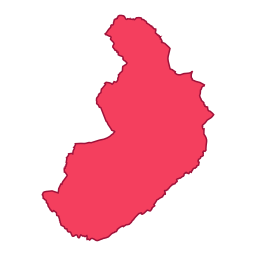 the district of Tha Muang, Kanchanaburi, Thailand
{"feature_id": "78962969B17416379558143", "entity_name": "Tha Muang", "entity_type": "district", "adm_level": 2, "iso_a3": "THA", "parent_name": "Thailand", "parent_adm1": "Kanchanaburi", "projection": "mercator", "projection_center": [99.605, 13.934], "detail": "fine", "context": "isolated", "style": "filled", "palette": "rose", "viewbox_px": 256, "rotation_deg": 0, "n_neighbors": 0, "source": "geoboundaries", "source_scale": "gbopen_adm2", "svg_char_len": 5779}
<svg xmlns="http://www.w3.org/2000/svg" viewBox="0 0 256 256"><path d="M172.7,184.6L172.6,184.3L174.9,183.8L175.8,182.4L177.0,181.6L177.2,181.2L176.6,179.6L177.4,178.8L178.3,178.8L179.4,178.1L180.4,178.1L182.6,176.4L183.2,176.3L183.9,175.6L184.1,174.0L185.3,172.9L185.9,173.1L186.2,172.4L188.0,173.4L188.8,173.6L189.4,172.6L190.1,171.8L191.3,172.3L191.7,171.1L192.2,170.6L192.2,170.2L192.7,169.8L193.3,168.6L194.9,168.0L195.3,168.1L195.7,167.5L196.5,167.1L197.0,165.7L198.6,165.1L199.1,162.2L198.2,161.8L198.1,160.6L198.4,160.3L198.5,159.4L199.8,158.7L200.5,158.0L200.7,156.8L201.7,156.5L203.2,155.6L203.1,154.6L203.3,153.0L203.1,152.4L202.9,152.3L203.4,151.3L203.9,151.1L205.0,151.3L206.0,150.1L205.9,148.9L206.1,145.8L206.6,141.7L206.6,139.9L206.0,137.7L205.3,136.3L203.9,134.1L203.9,130.6L203.7,129.9L204.0,129.8L204.0,128.8L203.1,129.0L202.7,128.4L202.3,126.6L202.6,126.4L202.4,125.9L202.5,125.2L205.3,122.7L207.2,120.1L210.9,117.8L212.2,116.6L213.7,114.7L212.8,113.6L210.2,111.3L208.9,110.9L208.2,110.3L207.8,109.3L207.5,107.0L205.8,106.7L204.9,106.3L204.9,105.2L204.0,104.7L203.8,102.6L201.5,100.5L200.8,98.6L200.3,97.8L199.6,95.7L200.3,93.3L200.5,90.0L201.0,89.5L201.5,88.7L201.6,87.5L202.8,86.4L203.6,85.9L204.1,85.9L204.4,84.9L200.0,82.5L195.8,81.4L192.2,79.8L192.2,78.7L191.3,77.5L191.2,74.8L191.9,72.4L192.6,71.2L191.4,72.0L190.7,72.7L190.4,72.8L188.4,73.2L183.8,73.6L180.4,74.8L178.7,74.8L176.6,74.3L174.9,72.7L175.3,71.7L172.9,70.3L172.8,70.0L172.3,69.7L170.2,69.0L169.8,67.7L168.2,61.2L167.9,58.5L168.1,56.6L170.0,48.5L168.8,47.1L164.8,43.4L163.2,42.8L162.7,42.4L162.3,42.1L162.1,42.3L162.0,42.0L161.6,42.0L161.6,41.7L161.9,41.1L161.8,40.6L161.2,39.3L160.4,39.0L160.4,38.7L160.6,38.2L160.1,37.4L160.0,37.0L160.2,36.8L159.6,36.9L159.4,36.4L159.2,36.4L159.2,35.8L158.3,35.1L157.8,34.9L157.5,35.0L156.7,33.9L155.5,33.1L155.5,31.4L155.8,30.7L155.6,30.5L155.8,29.3L155.7,29.0L155.2,29.1L153.9,28.7L153.0,27.8L152.8,27.2L152.3,27.0L151.5,26.5L151.6,26.1L150.5,25.7L149.1,24.5L146.6,23.1L146.6,22.5L146.0,21.3L144.6,20.6L143.8,19.7L142.5,19.4L141.9,19.5L141.4,18.2L141.0,17.9L138.9,17.6L136.4,17.8L134.6,19.7L134.2,19.6L133.7,19.0L132.9,19.5L132.2,19.1L131.3,19.3L130.4,19.1L130.1,18.6L129.7,19.0L129.3,19.0L127.6,18.7L127.3,19.2L126.6,19.4L126.0,19.2L124.7,17.2L124.5,16.6L123.9,16.3L123.7,15.9L121.4,15.4L119.8,15.4L119.1,15.6L118.2,16.1L117.9,16.9L117.4,17.6L117.3,18.4L116.5,18.5L116.1,19.0L115.2,19.0L114.7,19.8L114.1,20.1L114.1,21.1L113.6,22.3L113.5,23.9L113.0,24.8L112.5,25.0L111.6,24.9L111.3,25.1L110.9,25.6L110.8,26.9L110.4,27.6L108.7,29.3L106.2,33.0L105.1,33.9L105.7,34.7L106.6,34.8L109.4,36.2L110.0,36.2L110.7,36.6L111.1,37.4L110.5,39.0L110.6,39.4L113.4,42.3L114.0,43.4L114.0,44.0L112.8,46.1L112.9,47.3L113.5,47.9L113.9,48.7L114.6,49.2L115.0,50.3L116.6,50.6L117.0,52.2L118.1,52.2L118.3,54.8L119.9,55.6L121.7,56.2L122.6,56.6L122.9,57.1L123.2,58.6L122.9,58.8L123.1,59.5L124.4,60.7L125.1,60.9L127.0,63.0L126.1,64.5L124.5,65.3L123.7,66.0L123.1,66.2L122.8,66.5L122.6,67.6L122.4,70.8L121.8,71.6L119.9,73.1L119.5,74.1L118.5,74.6L118.6,76.7L118.2,77.7L117.8,78.1L117.9,79.2L117.8,79.9L116.8,81.6L116.4,82.0L115.6,82.1L114.1,81.6L112.9,83.6L112.1,84.2L110.9,83.3L109.0,82.7L106.7,82.4L106.0,82.7L105.9,82.5L104.7,83.4L105.5,84.2L105.5,84.4L102.2,88.4L101.4,89.1L100.9,92.6L99.0,94.0L99.0,94.4L98.4,95.1L98.6,95.7L97.7,96.9L97.0,97.5L96.6,98.4L96.5,99.6L96.5,100.8L96.9,102.0L96.6,102.9L96.7,103.6L96.8,103.8L98.3,105.0L99.4,107.3L100.2,107.3L100.9,107.8L106.1,121.2L107.1,122.1L108.0,124.3L110.9,128.6L111.7,130.2L114.5,131.3L114.7,131.8L113.4,133.2L112.8,134.1L111.8,134.6L109.8,136.4L107.2,137.9L103.9,139.2L99.5,140.1L91.2,142.7L89.0,142.5L85.9,143.3L84.4,143.5L80.7,143.4L75.3,143.7L75.4,144.5L75.3,145.3L74.3,146.7L74.4,147.3L73.9,147.5L74.4,148.0L74.4,148.4L73.2,150.8L72.7,153.9L71.5,153.4L68.7,153.8L68.8,154.1L68.2,155.8L66.5,157.8L66.9,158.1L66.2,162.5L66.7,162.8L66.4,164.6L66.1,164.6L65.8,166.4L65.2,166.5L65.1,168.2L64.3,168.2L64.2,169.3L64.4,172.1L65.1,172.2L67.2,175.2L66.8,176.2L62.9,181.5L62.2,182.9L61.8,184.3L60.9,184.0L58.7,188.7L58.5,190.9L58.1,192.9L52.1,190.9L46.2,191.5L44.8,191.8L43.4,192.4L42.3,194.8L42.9,195.2L42.9,196.1L43.2,196.8L43.1,198.2L44.1,198.7L44.5,199.5L45.6,200.0L46.3,200.7L46.4,202.7L46.6,202.9L47.6,203.4L48.2,206.3L49.4,207.9L50.4,209.9L50.9,210.0L51.4,210.9L52.0,211.5L52.8,211.6L53.3,210.8L53.7,210.6L56.4,212.6L56.7,215.3L56.9,215.5L58.0,215.8L58.7,216.3L59.0,217.7L59.5,219.0L59.6,220.4L60.1,221.2L60.1,222.3L60.8,223.7L60.9,224.9L61.5,225.4L64.1,226.7L64.4,227.1L64.6,228.1L65.1,228.6L65.8,228.9L66.8,228.8L67.4,230.9L68.3,231.9L70.0,232.0L70.6,232.3L72.1,235.7L72.4,236.1L72.9,236.3L73.7,236.2L75.6,235.0L76.3,234.9L77.2,235.3L78.0,237.3L78.5,237.7L79.0,237.8L79.4,237.5L80.6,235.0L81.3,235.1L82.7,236.1L83.9,235.9L84.3,236.4L84.8,236.6L85.2,236.6L86.8,235.6L87.1,236.5L86.9,239.0L87.1,239.5L88.1,239.1L89.7,240.0L91.0,238.6L92.0,238.4L93.2,238.7L96.1,240.4L97.3,240.6L98.5,240.3L101.1,239.2L101.8,239.1L102.9,238.5L105.9,237.8L108.4,236.9L111.5,233.8L112.4,233.2L114.6,232.3L114.8,231.9L116.2,231.6L117.0,230.6L117.3,229.4L117.9,229.1L118.0,228.8L120.0,227.3L121.4,226.5L123.0,226.0L123.4,226.6L126.3,224.7L127.3,224.7L129.1,224.3L131.3,222.3L132.4,220.5L133.6,219.6L134.0,218.8L135.4,217.1L138.9,213.5L139.7,213.4L141.1,212.8L141.5,213.1L141.5,214.0L142.2,214.2L143.8,213.4L147.2,210.2L148.6,210.5L149.7,210.9L150.5,210.8L152.0,208.7L151.8,208.5L152.2,207.7L154.7,205.8L153.9,204.4L155.2,202.9L157.0,199.8L158.4,199.2L159.3,198.4L162.6,196.7L162.8,196.0L164.3,194.0L165.2,194.2L165.3,193.6L165.1,193.3L165.2,192.8L164.7,192.1L164.6,190.6L165.6,190.5L165.8,190.7L166.9,190.0L167.6,189.8L167.6,189.4L168.7,188.5L169.6,187.2L170.7,186.1L172.0,184.9L172.7,184.6Z" fill="#f43f5e" stroke="#9f1239" stroke-width="1.5"/></svg>